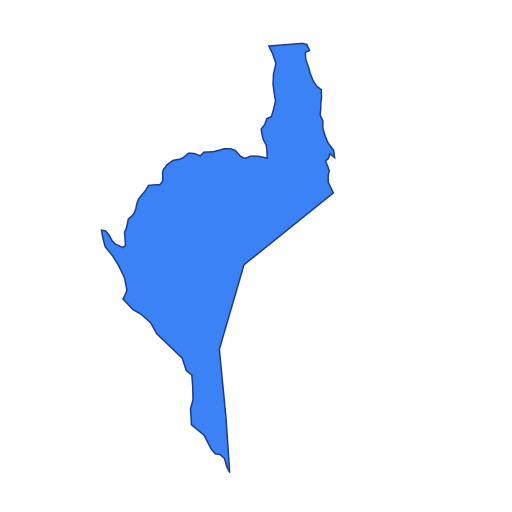 Cristianópolis, Goiás, Brazil (Equal Earth projection), rotated 334°
{"feature_id": "56859067B80727765161187", "entity_name": "Cristianópolis", "entity_type": "district", "adm_level": 2, "iso_a3": "BRA", "parent_name": "Brazil", "parent_adm1": "Goiás", "projection": "equal_earth", "projection_center": [-48.7, -17.237], "detail": "fine", "context": "isolated", "style": "filled", "palette": "blue", "viewbox_px": 512, "rotation_deg": 334, "n_neighbors": 0, "source": "geoboundaries", "source_scale": "gbopen_adm2", "svg_char_len": 1640}
<svg xmlns="http://www.w3.org/2000/svg" viewBox="0 0 512 512"><g transform="rotate(334 256 256)"><path d="M128.5,165.0L127.1,169.7L126.0,174.1L124.5,181.5L127.2,192.9L128.3,204.0L128.3,217.9L124.9,230.4L117.6,236.5L122.0,250.4L127.3,258.2L132.1,269.9L132.7,282.5L140.9,304.5L144.9,315.7L143.1,328.4L146.1,335.0L141.5,346.5L136.3,357.7L130.0,364.8L126.9,372.6L124.0,379.4L130.8,394.4L131.1,409.5L132.6,415.8L136.8,418.8L138.9,424.2L137.3,432.8L137.4,439.1L158.2,388.0L182.2,323.7L241.3,258.7L245.0,257.7L248.4,257.0L255.3,255.5L353.2,233.2L353.2,221.5L356.1,215.4L359.2,211.5L359.8,206.6L360.1,201.0L363.7,200.2L367.3,196.5L369.8,202.0L372.1,195.1L370.3,185.6L371.0,176.5L372.2,170.2L375.3,164.0L375.4,157.5L378.7,152.1L380.9,147.7L384.2,142.5L387.6,135.2L384.9,130.0L384.2,123.5L384.7,116.1L385.8,110.5L386.9,101.2L389.5,94.7L394.2,94.7L394.4,88.0L390.4,85.0L359.6,72.9L359.6,81.4L358.3,91.7L351.4,100.2L346.5,109.3L343.8,117.4L341.6,125.0L335.7,132.3L330.9,137.5L326.0,137.2L321.6,141.6L316.3,144.2L314.8,149.1L313.6,154.5L313.8,160.7L312.1,165.8L309.0,172.9L301.6,167.2L295.2,164.0L288.8,163.4L285.8,159.7L283.7,152.1L280.3,148.6L274.5,145.7L270.6,145.0L263.4,143.6L258.0,141.3L254.6,139.8L249.9,141.6L245.3,136.7L240.5,134.0L233.7,135.7L230.0,135.6L223.5,133.7L216.6,134.8L210.8,137.6L208.3,140.6L205.3,147.5L200.9,149.8L195.9,147.5L190.4,145.5L185.4,148.7L179.5,151.4L175.3,153.4L171.6,157.0L169.1,160.4L165.4,164.0L162.3,165.5L157.5,166.8L151.8,174.1L148.2,177.0L146.4,181.9L143.3,189.3L140.0,190.1L137.2,186.6L134.7,183.4L133.3,179.0L133.1,172.6L131.8,167.5L128.5,165.0Z" fill="#3b82f6" stroke="#1e3a8a" stroke-width="1.5"/></g></svg>